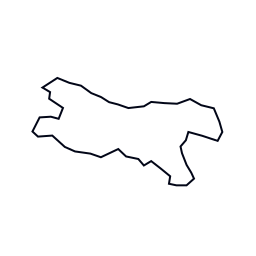 Kapedes, Nicosia, Cyprus (Equal Earth projection), rotated 239°
{"feature_id": "46923920B21212315805199", "entity_name": "Kapedes", "entity_type": "district", "adm_level": 2, "iso_a3": "CYP", "parent_name": "Cyprus", "parent_adm1": "Nicosia", "projection": "equal_earth", "projection_center": [33.253, 34.968], "detail": "fine", "context": "isolated", "style": "outline", "palette": "ink", "viewbox_px": 256, "rotation_deg": 239, "n_neighbors": 0, "source": "geoboundaries", "source_scale": "gbopen_adm2", "svg_char_len": 743}
<svg xmlns="http://www.w3.org/2000/svg" viewBox="0 0 256 256"><g transform="rotate(239 128 128)"><path d="M207.3,93.2L206.7,75.5L198.9,79.7L193.7,75.5L178.7,82.6L171.6,73.3L177.4,67.7L182.6,57.7L174.2,44.3L167.0,46.4L160.5,59.2L144.3,64.1L135.2,70.5L125.4,82.6L116.9,89.7L115.0,108.8L104.6,111.7L96.1,120.9L87.7,122.3L87.7,130.8L76.6,135.1L64.9,139.3L59.1,134.4L53.9,140.0L48.7,148.6L50.6,158.5L57.1,159.2L66.2,159.2L78.6,161.3L85.1,163.5L87.7,171.3L93.5,177.7L83.1,187.6L70.8,198.2L76.0,206.8L86.4,209.6L100.7,211.7L109.8,202.5L120.9,196.1L123.5,182.6L130.6,172.0L138.4,161.3L138.4,152.8L144.9,138.6L153.4,131.5L159.9,125.1L168.3,120.9L176.8,114.5L188.5,109.5L196.9,101.0L207.3,93.2Z" fill="none" stroke="#020617" stroke-width="2"/></g></svg>